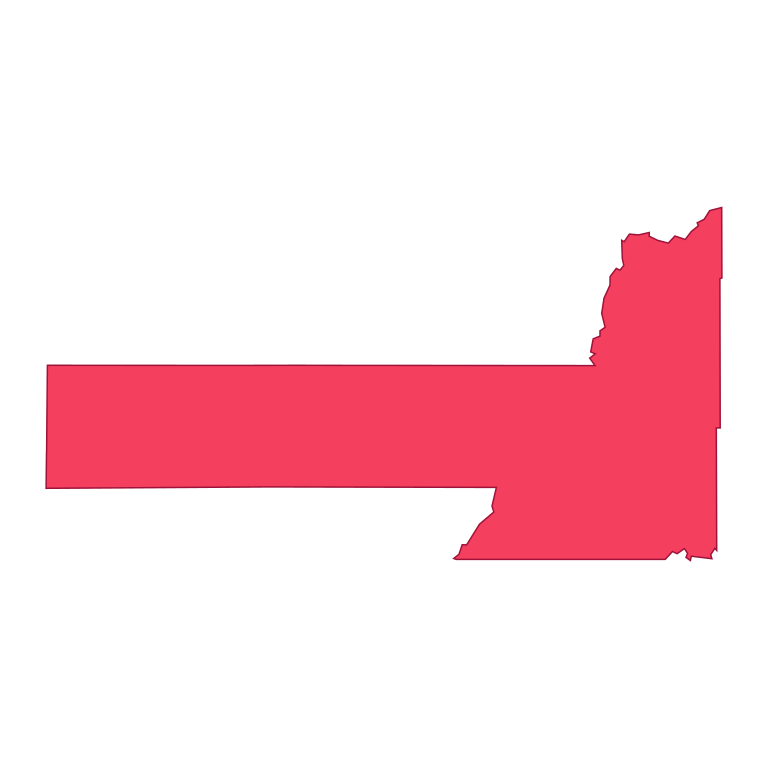 Pennington, South Dakota, United States of America
{"feature_id": "52423323B6635746218968", "entity_name": "Pennington", "entity_type": "district", "adm_level": 2, "iso_a3": "USA", "parent_name": "United States of America", "parent_adm1": "South Dakota", "projection": "equal_earth", "projection_center": [-102.496, 44.098], "detail": "fine", "context": "isolated", "style": "filled", "palette": "rose", "viewbox_px": 768, "rotation_deg": 0, "n_neighbors": 0, "source": "geoboundaries", "source_scale": "gbopen_adm2", "svg_char_len": 956}
<svg xmlns="http://www.w3.org/2000/svg" viewBox="0 0 768 768"><path d="M456.2,559.4L665.2,559.4L672.5,551.5L677.1,553.7L684.4,548.6L687.6,553.3L686.0,557.4L690.4,560.5L691.3,556.2L711.9,558.7L710.7,554.6L714.9,548.3L716.7,550.4L716.3,427.9L720.2,427.9L719.9,278.7L721.9,278.0L721.7,207.5L709.7,210.6L704.2,219.3L697.2,222.8L698.4,225.8L691.3,231.5L685.2,239.5L674.9,236.0L668.3,243.1L657.5,240.3L649.2,236.2L649.3,232.5L638.6,234.9L629.4,234.1L624.2,241.7L621.7,240.3L622.3,258.4L623.8,265.4L620.0,270.2L616.3,268.4L610.1,276.6L610.0,285.1L604.0,298.2L601.7,313.3L605.1,327.3L600.0,330.8L600.0,336.1L593.2,338.8L590.7,351.9L595.2,353.8L589.7,358.1L595.0,365.6L377.3,365.4L367.5,365.4L350.8,365.4L296.9,365.3L245.2,365.4L200.2,365.4L47.4,365.3L46.6,452.1L46.5,452.7L46.1,488.3L270.0,486.9L496.4,487.4L492.0,506.1L493.8,512.0L479.5,524.2L466.6,544.9L462.2,544.7L459.0,554.3L453.7,558.5L456.2,559.4Z" fill="#f43f5e" stroke="#9f1239" stroke-width="1.5"/></svg>